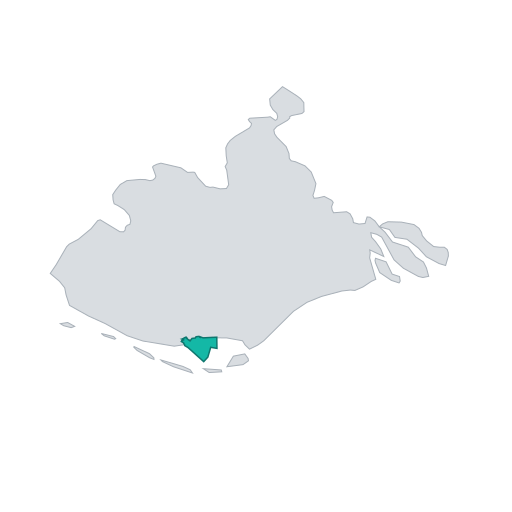 Harlingen, Netherlands (highlighted), rotated 211°
{"feature_id": "6326949B40723251176643", "entity_name": "Harlingen", "entity_type": "district", "adm_level": 2, "iso_a3": "NLD", "parent_name": "Netherlands", "parent_adm1": "", "projection": "robinson", "projection_center": [5.441, 53.126], "detail": "medium", "context": "in_parent", "style": "filled", "palette": "teal", "viewbox_px": 512, "rotation_deg": 211, "n_neighbors": 0, "source": "geoboundaries", "source_scale": "gbopen_adm2", "svg_char_len": 4155}
<svg xmlns="http://www.w3.org/2000/svg" viewBox="0 0 512 512"><g transform="rotate(211 256 256)"><path d="M320.5,414.8L311.5,414.6L303.2,414.3L298.7,413.8L294.0,412.1L291.9,408.7L289.2,404.5L290.0,401.9L297.8,394.7L298.9,392.7L298.1,391.6L298.9,388.5L304.9,377.7L305.7,373.3L303.0,370.3L299.1,368.5L286.5,365.3L280.5,360.8L277.7,356.8L274.9,355.7L270.8,357.1L260.4,358.5L251.9,356.4L241.9,348.9L239.6,342.3L238.4,337.2L235.9,335.4L232.5,338.0L228.2,342.2L219.8,342.7L217.4,341.7L217.0,339.4L216.6,337.2L214.3,334.5L211.8,333.0L201.1,340.6L197.1,340.6L192.2,337.7L189.7,334.8L184.2,336.4L179.3,340.0L180.9,346.7L178.3,347.9L172.2,347.3L165.4,344.5L157.7,342.9L146.2,338.3L130.0,342.0L118.8,337.5L109.4,337.1L103.7,333.5L97.5,327.5L101.9,323.5L106.3,322.1L123.3,321.4L135.7,323.8L158.0,336.9L163.6,336.8L169.6,335.1L166.6,331.6L161.0,329.9L152.7,326.3L146.2,321.4L161.7,319.8L159.6,317.3L157.6,312.9L141.3,297.7L144.1,293.6L148.3,284.7L153.5,277.4L157.6,275.4L164.4,270.2L179.1,255.0L188.4,242.6L195.4,227.9L205.7,187.3L208.7,180.4L213.6,172.8L219.7,174.2L223.9,176.4L238.9,170.7L264.6,155.6L272.2,142.7L279.6,136.6L309.1,124.9L325.4,121.3L350.5,120.4L368.6,118.3L390.4,117.6L398.7,124.8L403.6,130.2L411.4,133.1L423.4,135.1L422.8,145.6L423.1,166.4L422.2,170.0L416.9,178.8L411.4,194.5L409.9,204.8L408.2,206.8L385.2,206.7L382.0,208.5L381.5,210.7L382.7,213.4L382.2,216.0L380.4,218.2L381.4,221.6L385.4,225.5L392.7,227.9L400.5,228.1L404.5,227.7L407.4,230.5L410.4,234.8L410.2,240.1L409.2,247.4L405.5,254.1L395.0,261.8L390.2,264.5L385.8,265.9L383.6,267.9L382.6,270.5L382.9,272.8L390.5,279.0L390.3,280.4L388.2,283.6L385.3,286.6L365.8,292.9L357.7,292.4L353.1,295.5L351.6,296.1L346.5,293.2L335.1,289.9L330.8,291.1L328.4,292.9L321.3,295.1L316.1,298.6L316.1,303.0L325.3,314.5L328.5,316.8L328.6,321.1L333.1,326.5L337.6,333.2L338.1,337.5L337.6,341.9L335.3,348.0L327.5,362.5L327.4,365.2L328.1,367.3L330.8,367.9L332.9,369.0L332.3,370.9L317.5,381.0L315.5,382.7L309.3,382.2L308.4,383.9L309.2,386.6L311.7,389.0L317.0,390.2L321.5,392.7L325.2,397.7L320.5,414.8ZM165.4,344.5L164.0,348.7L160.6,353.3L148.9,359.9L136.8,364.3L130.5,363.7L126.3,361.5L124.0,359.1L117.5,356.8L108.6,355.6L103.1,358.1L99.1,360.5L95.6,360.1L93.1,358.1L91.1,355.1L88.6,345.5L95.2,343.8L109.6,343.1L120.7,346.4L135.3,348.1L146.5,343.5L155.3,347.4L165.4,344.5ZM141.4,305.5L149.9,311.6L151.7,313.5L152.4,315.6L141.5,318.0L130.0,310.6L122.4,312.3L119.5,308.8L119.5,306.6L127.5,304.8L141.4,305.5ZM223.8,158.5L215.2,166.3L210.0,164.1L208.5,162.3L211.2,156.2L223.9,146.1L223.8,158.5ZM261.8,123.7L253.8,124.6L250.2,123.0L269.6,118.6L281.8,117.3L284.0,117.9L261.8,123.7ZM313.9,115.6L296.9,117.4L291.1,116.1L290.2,114.8L294.8,114.0L309.3,113.8L313.8,114.9L313.9,115.6ZM243.1,132.3L227.1,140.4L225.7,139.1L236.1,132.0L243.1,132.3ZM383.2,102.0L375.2,102.3L377.5,99.4L384.9,97.2L388.9,97.2L383.2,102.0ZM348.7,109.9L336.6,113.6L333.7,112.9L334.4,111.8L345.0,109.4L348.7,109.9Z" fill="#d9dde1" stroke="#a8b0b8" stroke-width="1"/><path d="M247.8,166.2L251.1,164.0L251.3,163.9L259.0,158.7L259.3,158.6L259.6,158.5L261.7,158.1L261.6,157.6L261.9,157.5L262.4,157.4L262.5,157.5L262.6,157.8L262.8,157.9L263.2,157.8L263.4,157.7L263.8,157.5L265.8,155.9L265.8,154.4L268.4,152.4L268.8,149.4L269.2,149.6L269.3,149.5L269.4,149.4L269.5,149.5L269.8,149.6L270.1,149.3L270.3,149.3L270.5,149.4L270.9,149.4L271.2,149.4L271.3,149.4L271.6,149.5L271.8,149.6L272.0,149.7L272.7,149.7L272.7,149.8L272.8,150.0L273.0,150.0L273.4,150.0L273.7,150.0L273.5,150.3L273.8,150.4L274.1,150.5L274.2,150.4L274.3,150.3L274.5,150.1L274.5,149.9L274.7,149.6L274.8,149.6L275.0,149.3L275.1,149.2L275.2,148.9L275.3,148.9L275.4,148.7L275.5,148.5L275.7,148.1L275.7,147.8L275.7,147.6L275.9,147.5L276.0,147.3L276.2,147.2L276.3,147.2L276.4,146.9L276.5,146.8L276.6,146.7L275.2,146.9L275.3,146.4L275.2,146.4L275.5,146.0L275.3,146.0L275.3,145.9L275.6,145.2L275.8,144.9L276.0,144.9L276.0,144.4L276.0,144.2L275.6,144.2L274.0,144.3L273.8,144.2L273.6,144.2L273.4,144.2L273.2,144.2L273.1,143.9L272.0,143.4L271.5,143.1L271.4,143.1L271.0,142.5L267.1,142.5L246.4,138.5L245.2,144.5L247.8,154.4L241.9,156.7L247.8,166.2Z" fill="#14b8a6" stroke="#0f766e" stroke-width="1.5"/></g></svg>